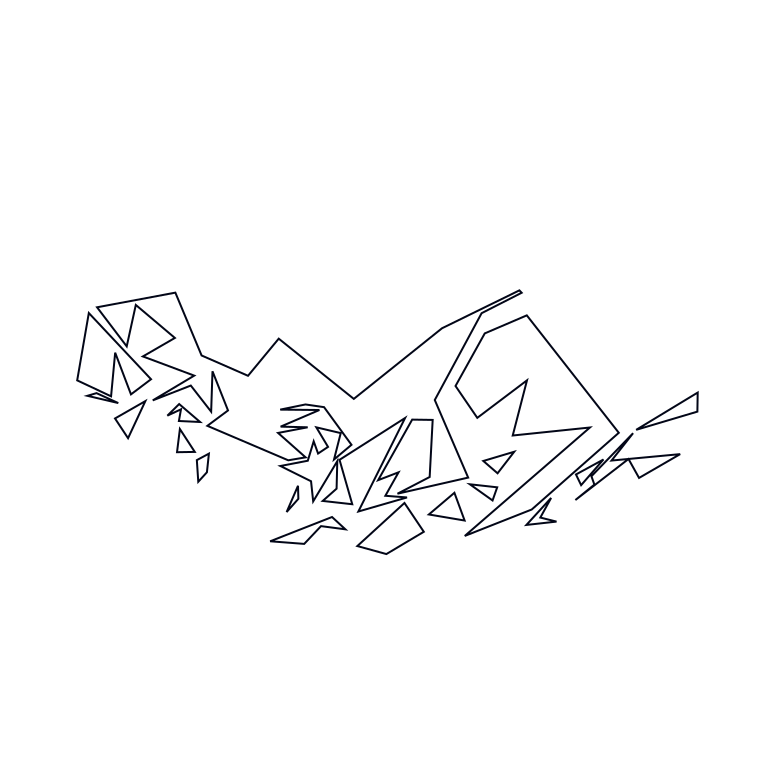 Magallanes y Antártica Chilena, Equal Earth projection, rotated 320°
{"feature_id": "CHL-2692", "entity_name": "Magallanes y Antártica Chilena", "entity_type": "Region", "adm_level": 1, "iso_a3": "CHL", "parent_name": "Chile", "parent_adm1": "", "projection": "equal_earth", "projection_center": [-72.604, -52.278], "detail": "medium", "context": "isolated", "style": "outline", "palette": "ink", "viewbox_px": 768, "rotation_deg": 320, "n_neighbors": 0, "source": "natural_earth", "source_scale": "10m", "svg_char_len": 1971}
<svg xmlns="http://www.w3.org/2000/svg" viewBox="0 0 768 768"><g transform="rotate(320 384 384)"><path d="M282.9,179.9L262.6,244.9L285.1,290.3L332.5,281.6L351.3,376.0L464.3,378.6L547.9,399.3L548.1,402.6L504.3,392.5L412.6,428.9L388.3,509.8L323.8,476.7L359.2,484.6L398.2,442.8L382.7,429.4L317.7,453.9L338.4,461.0L313.2,470.5L328.7,485.7L282.4,465.2L378.3,423.6L301.2,413.5L282.4,455.7L261.9,434.2L280.4,433.7L298.6,413.1L254.3,428.4L265.6,411.6L251.9,380.2L276.3,393.8L293.3,382.7L288.8,394.9L300.7,396.2L304.3,373.7L319.3,393.8L297.2,409.7L320.0,409.7L323.2,363.2L310.7,349.2L288.0,336.9L317.8,362.4L277.4,350.2L297.7,368.1L271.4,353.4L276.8,389.8L261.6,380.9L221.8,302.5L247.5,304.0L260.8,264.0L233.8,294.1L235.0,261.0L196.3,247.9L244.0,255.6L217.0,207.9L253.4,214.3L244.7,163.9L211.1,189.8L213.5,140.8L282.9,179.9ZM532.5,572.3L416.5,575.1L348.2,552.3L513.8,549.7L449.5,506.2L495.9,473.1L433.7,469.9L437.5,431.5L493.7,410.0L537.5,423.2L532.5,572.3ZM167.0,218.0L151.3,184.0L203.5,139.9L208.6,230.6L183.5,229.3L198.2,187.2L167.0,218.0ZM565.8,628.1L519.0,619.9L523.1,598.6L456.0,595.9L480.5,596.3L483.6,588.0L543.2,581.8L509.1,588.9L565.8,628.1ZM319.5,522.8L276.5,515.8L259.4,491.0L323.2,488.3L319.5,522.8ZM606.3,606.6L547.7,581.2L618.8,592.2L606.3,606.6ZM410.6,506.8L440.2,519.6L413.6,525.4L410.6,506.8ZM258.7,452.5L261.0,470.5L244.4,452.4L220.1,455.2L195.7,431.3L258.7,452.5ZM392.3,543.0L385.3,516.0L404.3,535.9L392.3,543.0ZM358.0,540.4L334.5,512.8L368.0,512.6L358.0,540.4ZM190.2,243.7L153.1,261.0L155.8,237.5L190.2,243.7ZM198.7,287.3L195.4,314.4L181.6,303.2L198.7,287.3ZM252.7,406.7L244.6,416.9L227.1,419.5L252.7,406.7ZM417.9,586.8L427.7,600.3L402.5,583.5L438.8,578.7L417.9,586.8ZM218.7,294.9L203.1,280.5L212.2,272.9L197.7,269.0L214.2,267.7L218.7,294.9ZM470.0,588.2L472.9,576.7L503.6,582.9L470.0,588.2ZM168.2,227.8L149.2,202.4L157.9,206.2L168.2,227.8ZM205.1,324.8L191.6,337.8L178.9,339.5L191.7,322.0L205.1,324.8Z" fill="none" stroke="#020617" stroke-width="2"/></g></svg>